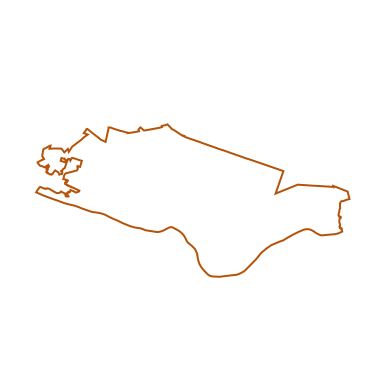 Jersikas pag., Livanu, Latvia, rotated 300°
{"feature_id": "27541924B79082278774679", "entity_name": "Jersikas pag.", "entity_type": "district", "adm_level": 2, "iso_a3": "LVA", "parent_name": "Latvia", "parent_adm1": "Livanu", "projection": "mercator", "projection_center": [26.237, 56.273], "detail": "fine", "context": "isolated", "style": "outline", "palette": "amber", "viewbox_px": 384, "rotation_deg": 300, "n_neighbors": 0, "source": "geoboundaries", "source_scale": "gbopen_adm2", "svg_char_len": 5567}
<svg xmlns="http://www.w3.org/2000/svg" viewBox="0 0 384 384"><g transform="rotate(300 192 192)"><path d="M140.5,43.4L140.2,43.6L139.6,45.0L138.8,47.0L139.0,47.8L139.3,49.1L139.4,49.5L139.6,50.0L139.5,51.1L139.5,51.8L139.9,52.2L140.3,52.3L143.6,54.0L142.6,55.4L141.8,55.3L139.7,54.1L139.1,54.5L139.2,54.8L139.3,55.1L139.5,55.1L139.6,55.8L138.1,55.9L136.8,55.5L136.4,56.0L136.7,57.2L136.0,57.4L136.2,58.6L136.3,58.7L136.2,60.4L136.9,60.9L137.1,61.4L137.0,61.8L138.3,62.1L138.4,62.3L138.7,62.2L139.8,62.3L142.3,62.7L142.1,66.8L140.7,68.3L141.6,69.2L142.7,70.4L144.0,69.9L144.9,69.3L144.4,68.9L144.4,68.6L144.4,68.4L144.6,68.2L144.8,68.1L145.0,68.2L145.3,68.4L145.3,68.6L145.6,68.9L146.7,68.9L147.2,68.8L149.1,69.8L154.5,68.8L154.6,68.6L153.3,62.7L156.2,62.0L156.8,64.9L157.1,65.0L155.9,66.9L157.0,67.6L156.5,68.5L158.6,68.2L158.9,68.5L159.1,69.2L159.3,70.3L158.8,70.4L158.4,70.9L159.8,70.7L159.9,71.0L161.1,70.8L161.7,71.5L161.9,71.8L162.0,72.4L163.9,81.0L157.8,82.5L157.2,79.9L156.5,80.1L155.7,80.8L155.7,81.1L154.6,81.4L154.6,81.5L153.8,81.6L153.3,81.6L153.1,81.5L150.6,79.0L150.3,78.8L150.1,78.5L148.9,77.3L148.5,76.9L145.0,73.3L144.1,73.1L143.0,73.0L142.5,73.0L140.9,73.5L140.0,73.8L138.8,74.2L139.8,77.3L139.9,78.7L137.8,78.8L137.7,77.5L136.1,77.6L135.5,78.1L135.6,78.8L135.6,79.5L135.7,80.3L135.4,80.4L135.5,82.1L135.8,82.1L136.0,84.0L136.1,84.7L135.8,84.7L135.9,85.6L136.2,85.6L136.7,91.8L136.7,92.4L136.9,93.8L136.5,93.9L136.0,93.9L135.9,93.8L135.7,93.7L134.1,92.3L133.4,91.7L133.4,89.5L133.4,88.8L132.9,85.8L132.4,86.0L131.2,86.2L130.9,86.2L130.6,86.1L130.7,85.9L130.7,85.1L130.1,84.7L129.5,85.0L128.4,84.2L127.4,85.6L127.3,85.8L126.6,87.0L126.2,86.5L125.8,86.2L125.7,86.3L125.5,85.8L125.2,85.2L125.2,84.8L126.2,83.8L126.9,83.1L127.2,82.9L127.1,82.2L127.0,80.8L126.9,79.2L126.8,78.6L126.9,78.3L125.6,78.0L125.2,77.7L124.5,77.2L124.0,76.5L123.6,75.8L123.4,75.0L123.3,73.1L123.3,66.6L123.3,66.2L122.8,64.8L122.6,64.8L122.2,64.6L121.9,64.3L121.8,63.5L121.4,63.2L121.3,62.8L121.2,62.8L121.2,62.2L120.9,60.6L120.5,57.9L118.4,57.5L117.4,57.4L117.2,57.3L113.8,57.2L114.2,60.8L114.5,63.6L115.4,69.5L116.2,74.0L117.4,80.4L118.4,86.3L119.5,90.8L120.5,93.9L121.4,97.1L122.3,101.6L122.7,104.9L123.9,111.2L124.5,114.3L125.1,116.3L126.7,120.1L128.1,124.3L128.6,126.5L128.9,128.5L129.1,134.0L129.4,137.4L130.0,141.5L130.3,146.9L131.0,152.2L131.6,155.8L132.6,160.0L134.0,163.8L134.8,165.5L135.2,167.7L135.6,170.6L136.6,173.4L138.6,178.5L139.3,180.5L140.3,182.6L142.4,184.9L144.6,186.7L148.2,188.9L150.3,190.4L151.1,191.5L151.6,192.6L151.7,194.4L151.8,198.0L151.8,200.7L151.1,204.4L150.3,206.6L148.6,209.6L147.4,211.2L146.5,212.8L146.2,213.5L145.7,216.3L145.1,219.5L144.2,222.8L142.9,225.0L141.3,227.0L140.5,227.8L137.1,230.5L135.7,231.8L134.5,233.2L133.2,234.7L131.8,237.2L130.7,239.6L129.7,242.7L128.5,247.0L128.4,249.2L128.8,251.0L129.7,253.2L132.4,258.3L139.7,268.0L142.1,271.4L144.2,273.4L146.6,275.1L149.3,276.7L151.7,277.5L165.7,281.1L171.4,282.0L173.9,282.4L180.2,284.7L185.5,287.2L189.3,290.0L193.7,293.4L195.3,294.9L200.5,297.8L206.3,301.3L210.4,304.0L213.7,306.5L215.8,308.2L217.2,310.0L218.2,311.8L218.7,314.2L218.8,316.7L218.5,319.5L218.6,322.1L218.7,324.0L219.2,325.9L221.5,329.1L223.8,332.4L226.8,336.7L229.1,339.2L232.8,341.9L234.2,340.6L234.5,340.4L235.4,339.7L235.3,339.1L235.1,339.0L234.8,339.1L234.6,339.0L234.8,338.2L235.2,337.9L235.4,337.9L235.5,337.2L235.8,336.9L236.8,337.0L237.3,336.9L237.7,336.6L238.2,336.2L239.1,335.0L239.8,334.7L240.8,333.9L242.0,333.4L242.8,333.2L243.2,333.4L243.7,333.2L243.8,333.1L243.7,333.1L243.8,333.1L244.0,333.1L243.9,333.3L243.9,333.6L244.2,333.5L244.3,333.5L244.3,333.2L244.6,333.2L244.5,332.7L244.4,332.6L244.3,332.3L244.2,332.3L244.2,332.2L244.3,332.0L244.4,331.9L244.4,331.7L244.5,331.7L244.8,331.4L244.9,331.2L245.0,331.0L245.1,330.8L245.1,330.7L245.3,330.3L247.2,329.8L248.7,329.4L250.7,328.4L251.9,328.5L252.3,328.3L253.1,327.5L253.5,327.5L253.7,327.4L256.0,325.9L256.4,326.0L256.9,325.8L257.8,325.9L258.5,325.9L258.8,326.2L259.1,326.4L259.4,327.1L259.9,327.6L263.3,330.4L264.6,331.9L270.2,326.6L268.9,317.8L267.9,311.3L267.0,311.9L267.0,311.7L262.0,301.6L258.9,295.5L251.2,279.9L232.4,265.2L255.8,260.7L249.6,228.5L249.5,228.3L249.1,226.0L248.7,224.5L248.5,223.6L247.6,219.1L247.1,216.2L246.5,213.0L245.6,208.3L245.2,206.3L245.0,205.0L243.7,197.9L243.5,197.4L243.4,196.9L242.8,194.2L242.7,193.3L242.6,193.0L242.5,192.7L242.5,192.1L241.4,186.3L239.9,178.5L239.9,177.9L239.8,177.7L239.3,174.7L237.2,163.9L236.7,161.2L236.4,160.1L236.4,159.5L236.3,158.6L236.1,156.5L236.6,156.7L236.2,155.3L236.1,154.4L236.1,153.4L236.5,147.3L236.6,144.0L236.4,143.6L236.4,143.1L236.5,143.1L236.6,142.9L238.3,136.9L236.7,135.7L234.2,132.8L233.3,133.6L232.1,132.5L232.2,132.4L231.2,131.5L230.2,130.4L227.1,126.7L226.9,126.5L222.4,121.2L221.3,119.7L221.3,119.3L221.8,117.0L222.2,115.1L222.0,114.9L219.3,114.4L218.1,115.8L214.2,111.2L211.2,107.4L211.4,107.4L210.4,103.9L210.0,102.1L209.9,101.8L209.7,101.3L209.4,99.8L209.1,99.5L209.2,99.4L208.8,97.7L208.0,94.3L207.6,92.4L207.1,89.1L206.1,87.5L205.5,87.9L192.2,92.1L191.7,86.8L192.1,85.1L192.9,79.0L193.2,77.1L193.3,76.0L194.3,69.9L193.9,69.4L193.8,69.5L188.9,68.8L189.6,73.0L185.4,71.1L182.1,70.1L171.4,65.6L165.2,65.2L167.2,63.0L162.5,61.6L163.9,58.2L164.3,57.2L163.6,56.0L163.2,55.3L163.1,55.0L161.5,52.3L160.6,50.6L158.2,47.0L161.1,46.4L161.4,46.3L161.3,46.2L161.0,45.9L157.2,43.5L156.9,43.4L155.2,42.1L154.4,42.1L154.0,42.1L150.1,43.6L148.3,44.3L147.2,46.3L147.1,46.2L146.7,47.0L146.5,47.4L145.1,46.5L144.8,46.1L140.5,43.4Z" fill="none" stroke="#b45309" stroke-width="2"/></g></svg>